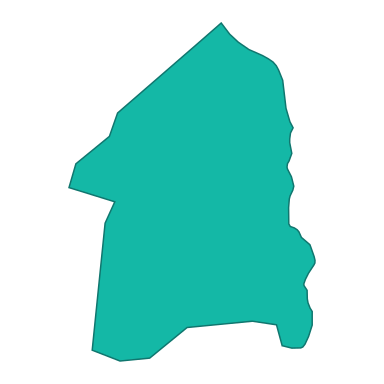 the district of Boyd, Kentucky, United States of America
{"feature_id": "52423323B73616637816742", "entity_name": "Boyd", "entity_type": "district", "adm_level": 2, "iso_a3": "USA", "parent_name": "United States of America", "parent_adm1": "Kentucky", "projection": "natural_earth1", "projection_center": [-82.623, 38.37], "detail": "fine", "context": "isolated", "style": "filled", "palette": "teal", "viewbox_px": 384, "rotation_deg": 0, "n_neighbors": 0, "source": "geoboundaries", "source_scale": "gbopen_adm2", "svg_char_len": 980}
<svg xmlns="http://www.w3.org/2000/svg" viewBox="0 0 384 384"><path d="M221.2,23.0L197.3,43.9L117.6,113.0L109.4,136.4L75.9,163.8L69.0,187.6L114.8,201.8L105.1,223.2L92.2,350.2L120.0,361.0L149.7,358.1L187.1,327.5L252.3,321.2L276.5,324.8L282.2,345.8L282.6,345.8L291.8,348.1L300.8,347.9L302.8,347.0L305.0,344.2L308.6,336.4L312.2,325.1L312.2,311.5L310.1,308.1L308.0,302.8L307.3,298.8L307.1,290.3L304.0,285.6L303.8,283.9L305.4,279.4L308.5,273.2L313.9,265.0L314.9,263.0L315.0,260.3L314.1,256.5L310.9,247.4L309.9,244.7L301.4,237.4L298.9,231.8L297.1,229.7L294.3,227.9L290.3,226.5L288.8,223.9L288.6,207.7L289.3,199.0L290.1,195.9L292.8,190.2L293.8,186.2L291.9,178.6L291.4,176.7L287.5,169.1L287.0,167.1L287.5,163.6L289.0,161.1L291.8,153.4L289.7,142.7L289.7,139.0L290.5,133.0L293.1,127.8L289.9,121.7L286.0,108.3L282.7,80.3L278.6,70.1L276.3,65.8L273.0,62.0L268.3,58.8L262.6,55.6L257.0,53.1L249.0,49.6L238.3,42.2L229.7,34.2L221.2,23.0Z" fill="#14b8a6" stroke="#0f766e" stroke-width="1.5"/></svg>